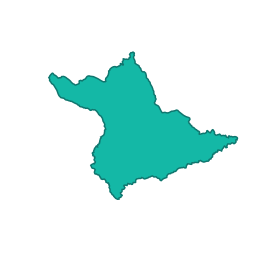 San Francisco, Putumayo, Colombia (Equal Earth projection), rotated 308°
{"feature_id": "7082276B24911475844532", "entity_name": "San Francisco", "entity_type": "district", "adm_level": 2, "iso_a3": "COL", "parent_name": "Colombia", "parent_adm1": "Putumayo", "projection": "equal_earth", "projection_center": [-76.835, 1.148], "detail": "fine", "context": "isolated", "style": "filled", "palette": "teal", "viewbox_px": 256, "rotation_deg": 308, "n_neighbors": 0, "source": "geoboundaries", "source_scale": "gbopen_adm2", "svg_char_len": 5898}
<svg xmlns="http://www.w3.org/2000/svg" viewBox="0 0 256 256"><g transform="rotate(308 128 128)"><path d="M75.7,121.6L74.4,124.0L74.4,124.6L75.2,126.5L75.0,127.7L72.9,128.5L72.2,129.0L71.6,130.0L71.6,130.6L72.2,131.0L72.4,132.8L72.7,133.2L73.0,134.5L72.7,134.8L72.3,136.2L71.8,136.7L71.8,137.6L71.3,138.3L72.0,139.8L72.7,140.3L73.1,140.7L73.2,141.2L72.8,143.0L71.8,143.9L71.8,144.4L72.1,144.8L72.1,146.0L72.6,146.4L72.1,147.0L72.1,147.8L71.9,148.0L71.4,148.0L71.1,149.0L70.4,149.4L69.5,149.7L68.7,151.5L66.7,153.1L66.6,153.6L66.7,154.3L65.8,156.4L65.9,158.0L65.4,158.9L65.0,161.7L65.4,163.6L66.4,164.7L67.3,164.0L69.2,165.0L70.0,164.6L71.1,165.0L71.4,164.8L71.5,162.8L72.5,161.9L73.5,162.4L74.2,162.4L75.9,161.2L77.1,162.4L79.0,162.4L79.9,160.3L80.5,160.2L81.5,161.3L82.1,162.6L84.2,162.1L84.6,163.6L85.4,164.0L85.9,165.7L86.4,166.1L88.3,165.7L89.4,167.2L90.0,167.4L90.5,166.9L92.1,166.0L93.4,166.3L94.2,167.1L94.9,167.5L95.9,168.9L96.8,169.4L97.4,169.3L97.8,170.7L97.9,172.1L98.3,172.6L101.1,174.5L102.1,174.7L103.1,175.6L104.0,175.9L105.3,176.8L105.4,178.6L106.8,180.1L106.7,182.2L107.4,183.8L107.2,184.6L106.7,185.4L106.8,186.3L107.1,186.7L108.7,186.8L110.2,187.3L112.9,189.0L114.5,188.0L116.8,188.1L118.3,189.7L119.2,189.7L120.3,190.7L121.1,191.1L122.1,191.0L122.4,191.6L123.3,192.3L126.1,192.3L127.5,192.8L128.8,193.6L129.0,194.2L129.6,194.4L130.3,195.4L131.2,195.9L131.6,197.6L132.4,198.2L134.7,197.1L135.7,197.3L136.2,197.0L136.6,197.1L138.3,200.2L138.9,200.5L139.6,199.9L140.1,199.9L141.1,201.5L141.7,201.5L142.1,201.9L144.0,204.6L144.5,204.7L145.5,204.1L146.2,204.9L146.9,205.0L147.1,205.2L147.2,207.1L147.9,208.8L150.3,210.5L151.2,211.6L152.3,211.9L152.9,211.4L153.4,211.4L154.7,212.4L156.0,212.0L157.2,212.4L159.4,211.0L160.5,211.8L161.2,211.3L162.3,212.2L163.0,212.0L164.1,213.2L165.0,213.1L165.5,212.5L165.8,212.4L166.4,213.0L167.3,214.8L167.5,215.9L169.7,215.2L170.9,215.4L173.1,215.1L173.2,215.5L172.8,217.4L173.8,218.0L174.8,216.7L175.4,216.8L176.7,216.4L177.5,217.2L178.3,218.5L180.4,219.1L180.8,220.2L180.9,221.2L182.2,221.7L183.5,221.7L185.0,220.4L185.3,220.4L185.9,221.2L186.2,220.9L187.3,220.6L187.6,220.2L187.7,219.1L187.1,217.6L185.4,216.0L185.1,214.8L184.1,213.8L184.2,213.0L183.9,212.4L183.5,212.4L182.2,213.1L182.1,212.4L181.4,211.2L182.2,209.8L182.2,209.3L181.3,208.8L180.8,207.6L179.3,206.3L179.6,204.3L179.5,203.9L178.7,203.7L178.4,203.1L177.2,202.5L176.5,201.8L176.5,200.3L176.9,199.4L177.7,199.0L178.1,198.4L178.9,196.4L178.8,195.8L178.5,195.6L176.8,195.6L175.1,195.9L174.6,195.0L174.8,192.7L174.7,192.1L174.2,191.9L173.2,192.5L172.2,192.4L170.9,191.8L170.1,190.5L167.2,188.4L167.1,187.8L168.7,187.0L169.0,186.3L169.0,185.5L168.6,184.8L168.8,183.0L168.5,182.1L168.8,179.7L168.4,178.0L168.5,177.2L169.1,176.6L168.9,176.1L168.9,175.3L169.4,174.2L169.4,173.2L170.3,171.8L172.9,171.5L173.7,170.6L173.7,169.6L172.7,166.9L172.2,164.1L172.2,158.5L172.5,156.3L171.9,155.1L170.3,154.2L168.6,152.7L168.0,152.0L165.5,150.9L164.3,150.0L163.6,148.9L163.1,147.5L161.8,146.3L161.1,145.4L161.5,144.1L163.9,139.0L164.0,137.8L163.6,136.2L163.5,135.1L163.5,134.6L164.1,133.3L166.1,132.9L166.7,132.5L167.8,132.4L168.3,131.9L168.6,130.8L169.2,130.6L170.2,129.6L170.1,129.3L170.6,127.6L171.4,127.0L171.6,126.6L172.8,125.7L173.4,124.2L174.3,123.1L175.3,121.4L176.4,118.6L177.0,118.0L177.5,117.2L177.8,116.3L177.9,115.2L178.7,114.0L178.9,111.6L180.5,110.2L182.1,108.1L182.3,106.3L181.3,104.9L181.2,103.9L181.7,102.7L182.7,101.4L182.9,100.5L182.8,99.9L183.8,98.3L183.7,97.2L183.4,95.7L183.4,93.6L183.6,93.3L184.4,93.0L185.6,91.4L186.3,89.8L187.0,88.9L187.9,88.4L189.1,88.3L189.9,87.2L190.5,87.2L191.0,86.6L190.9,85.2L189.9,84.8L189.1,83.9L187.0,83.9L186.4,85.1L185.1,86.2L184.9,86.3L184.2,85.7L183.2,86.1L182.5,86.1L181.7,85.3L181.4,84.5L180.2,83.3L180.0,82.3L179.6,81.7L179.2,81.9L179.1,82.4L177.7,82.8L176.8,82.7L175.5,84.2L175.2,85.2L174.9,85.4L174.3,84.8L174.2,84.2L174.5,83.4L174.3,82.6L174.1,82.4L172.7,83.3L171.7,83.1L171.1,82.5L170.3,82.4L169.4,81.6L168.7,81.3L168.6,80.4L168.4,79.9L167.1,78.7L165.5,78.0L163.6,77.6L162.8,77.7L162.2,78.1L161.0,77.7L160.2,78.5L157.8,79.7L155.6,80.1L153.5,79.9L152.2,80.6L151.0,81.8L150.7,81.7L149.3,80.3L148.8,78.3L148.3,73.9L147.2,69.2L145.4,66.1L145.1,65.2L144.0,64.3L143.5,64.1L142.8,64.0L140.4,64.2L138.8,63.3L136.8,62.8L136.5,61.5L135.2,60.6L134.7,60.8L133.1,62.1L132.2,61.8L129.5,60.2L129.3,59.5L129.4,58.8L129.0,57.5L129.1,55.2L129.5,54.0L129.7,51.1L129.5,49.8L129.6,48.3L129.4,46.7L129.0,45.5L127.6,44.0L126.4,44.2L125.1,42.8L124.7,42.7L124.3,42.2L124.6,40.7L124.8,39.1L124.7,38.2L124.4,37.1L124.8,35.6L124.8,34.9L124.3,34.5L122.6,34.3L120.8,34.3L119.9,34.7L119.1,34.5L118.1,36.5L117.4,36.7L117.1,37.2L116.7,38.3L116.7,38.9L116.0,40.4L116.2,42.2L116.1,43.0L113.9,48.8L111.9,51.9L111.0,53.8L110.6,56.4L112.0,59.3L111.8,60.9L111.9,61.8L112.6,63.0L113.2,65.0L113.6,65.6L113.7,66.3L114.5,67.5L114.4,68.0L114.8,70.4L115.5,73.2L115.3,74.5L115.8,75.5L115.3,76.3L115.4,77.2L116.4,79.1L116.6,80.7L117.2,81.3L117.3,82.3L118.7,84.0L118.9,85.4L118.7,86.9L118.8,87.5L119.4,88.1L120.5,88.5L121.2,89.9L121.7,90.3L122.0,91.2L121.9,91.9L122.1,92.6L121.9,93.0L121.8,93.8L121.5,94.3L121.3,95.4L120.8,96.3L120.5,98.2L120.8,99.0L119.9,101.8L117.9,104.4L117.6,105.4L117.1,106.5L116.2,107.8L114.9,108.1L114.5,109.5L113.3,111.2L112.1,110.9L111.4,111.2L111.1,111.7L110.4,111.9L109.3,112.7L107.7,113.2L105.8,112.8L105.3,112.5L104.8,112.5L104.1,112.1L103.8,112.8L103.5,113.0L102.7,112.8L100.1,113.9L99.7,114.4L99.1,114.3L98.3,115.0L96.2,114.5L95.7,115.0L94.6,115.1L94.3,115.5L94.1,114.8L94.3,114.2L93.8,114.1L93.2,114.3L91.2,114.2L90.7,114.8L89.8,114.7L88.1,115.4L87.7,116.0L87.0,115.5L86.5,115.3L85.9,115.7L85.6,116.8L85.0,116.9L84.6,117.4L84.9,118.1L84.8,119.6L84.2,120.2L83.8,120.0L83.5,120.5L82.1,120.8L81.6,121.7L81.4,122.9L80.7,123.4L80.5,123.5L79.5,123.1L79.1,123.4L78.8,122.8L77.0,121.9L75.7,121.6Z" fill="#14b8a6" stroke="#0f766e" stroke-width="1.5"/></g></svg>